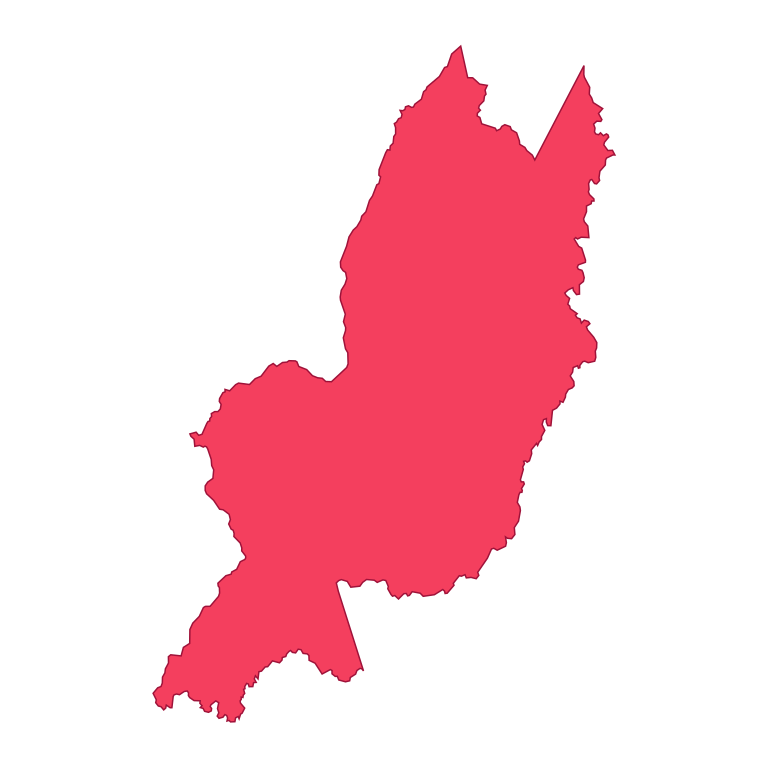 outline of Porangatu, Goiás, Brazil
{"feature_id": "56859067B80111978571886", "entity_name": "Porangatu", "entity_type": "district", "adm_level": 2, "iso_a3": "BRA", "parent_name": "Brazil", "parent_adm1": "Goiás", "projection": "equal_earth", "projection_center": [-49.251, -13.28], "detail": "fine", "context": "isolated", "style": "filled", "palette": "rose", "viewbox_px": 768, "rotation_deg": 0, "n_neighbors": 0, "source": "geoboundaries", "source_scale": "gbopen_adm2", "svg_char_len": 6110}
<svg xmlns="http://www.w3.org/2000/svg" viewBox="0 0 768 768"><path d="M346.7,367.5L331.5,381.7L325.7,381.5L322.3,378.3L317.7,377.8L312.4,375.7L306.7,369.6L298.8,366.5L296.9,361.8L295.3,360.9L289.0,360.7L287.0,362.1L282.5,362.5L276.8,366.4L273.2,363.5L268.8,366.1L261.1,376.2L255.2,378.7L249.5,384.5L238.5,383.1L235.6,384.7L229.7,390.8L225.0,389.4L225.1,391.8L222.9,392.7L219.6,398.5L219.3,401.4L221.1,404.4L220.3,409.0L217.9,411.6L214.7,411.6L211.3,413.6L211.6,416.5L209.9,418.5L209.7,421.0L208.0,421.5L206.8,423.4L202.0,434.3L198.7,435.3L196.1,432.2L189.9,433.9L190.9,436.3L194.1,439.2L194.8,446.3L199.7,445.4L203.3,447.1L204.9,446.2L206.5,446.8L207.7,448.9L211.2,459.3L211.7,465.6L213.7,469.8L212.9,478.4L207.7,482.1L205.2,485.9L205.2,490.5L206.6,493.8L213.6,500.3L219.6,509.2L223.2,509.8L229.1,514.3L230.4,519.6L228.7,524.0L231.1,529.1L233.2,530.3L234.1,533.5L233.9,536.5L240.2,543.0L241.8,548.0L241.7,550.9L245.6,556.0L245.7,558.0L244.8,559.5L240.3,561.7L236.7,569.3L231.8,571.9L231.1,574.2L225.9,575.7L217.9,583.2L218.2,586.0L219.4,587.6L219.6,593.1L218.5,596.4L210.1,606.3L205.3,606.4L203.4,607.6L199.3,616.4L192.8,623.1L189.9,629.5L189.7,643.4L183.4,647.4L181.1,655.9L170.7,654.8L168.4,656.7L168.5,663.0L165.4,668.8L164.9,672.9L162.5,677.1L162.3,683.1L161.0,686.5L157.7,687.8L153.1,693.3L156.3,699.8L155.7,702.7L158.3,706.0L161.0,706.7L163.7,709.9L165.7,708.1L166.3,705.1L170.1,707.7L171.9,707.7L173.2,696.4L174.1,694.8L176.6,694.0L179.5,694.7L184.2,691.5L187.2,691.0L188.5,692.8L188.4,695.6L189.7,697.6L194.1,700.6L200.2,700.8L199.9,703.3L202.0,705.7L200.3,707.6L203.1,708.4L204.6,711.3L208.5,712.3L211.3,710.9L211.6,708.4L210.2,706.6L210.9,704.8L215.8,700.9L218.7,702.7L217.5,708.6L218.8,712.8L217.2,716.1L219.0,718.3L223.0,717.2L224.9,714.6L226.7,715.5L227.6,718.0L227.0,721.0L229.0,720.4L230.6,721.9L234.9,721.7L235.6,717.8L238.2,716.5L239.1,718.8L240.6,714.1L242.1,713.2L244.7,708.1L240.5,703.1L240.1,700.9L241.2,699.5L241.2,697.1L242.9,697.5L243.3,695.0L244.7,693.5L243.6,689.3L245.0,688.7L244.7,686.7L246.6,683.4L248.3,684.0L249.1,686.7L252.8,686.6L253.6,682.6L256.2,682.4L254.3,678.9L255.4,675.8L258.0,678.9L258.9,671.7L261.5,671.1L265.2,666.9L267.7,666.7L272.4,660.9L279.5,662.8L282.0,660.1L282.3,657.5L285.8,656.5L286.7,653.9L289.1,651.3L290.6,650.5L292.4,652.4L295.6,652.9L298.2,649.2L301.0,649.7L303.1,653.4L307.3,653.9L308.9,655.5L309.1,660.3L315.1,663.2L322.1,674.0L330.3,669.6L332.0,670.5L332.0,673.8L335.2,676.4L337.3,676.3L338.8,680.0L345.5,681.8L349.7,680.8L350.3,677.5L355.6,674.1L356.9,670.5L360.0,668.4L361.8,668.8L363.5,670.9L338.3,591.2L336.3,582.9L338.7,580.6L341.3,579.6L347.3,581.4L350.8,587.2L359.9,586.2L362.6,582.4L366.5,579.5L374.3,580.2L377.2,582.4L382.9,579.9L385.8,580.5L388.3,586.4L387.8,588.8L391.0,594.5L392.5,596.2L394.8,595.5L398.5,599.0L403.8,593.7L406.3,593.5L407.7,595.9L409.4,595.4L412.2,591.7L420.2,593.2L423.2,596.3L434.4,594.7L442.8,589.5L444.5,591.1L445.1,593.5L447.2,593.2L454.0,585.3L453.3,583.3L459.3,575.7L461.4,576.2L465.0,574.7L466.3,577.9L471.1,577.4L476.2,578.7L478.8,575.4L477.7,572.3L487.4,558.2L491.5,549.0L493.8,548.3L497.2,550.2L505.6,546.2L506.4,542.7L505.5,536.9L507.5,538.3L511.6,538.7L514.9,534.5L514.3,527.6L518.5,521.2L520.4,510.5L519.9,506.9L517.3,502.4L518.9,494.6L520.1,492.3L521.9,492.3L522.3,490.4L521.5,488.6L524.3,484.0L523.6,481.9L521.2,481.8L520.4,479.8L523.3,469.4L522.7,466.9L524.5,463.8L523.6,461.3L525.6,460.9L527.1,462.2L529.4,460.8L531.7,453.7L531.3,449.9L536.5,443.4L537.6,445.5L539.1,442.0L541.5,439.5L541.5,436.5L544.8,430.4L542.1,424.5L543.5,419.7L546.4,418.6L546.3,422.0L547.7,425.6L550.9,425.7L552.5,410.3L556.6,408.1L560.0,403.9L559.9,401.1L563.0,402.3L565.4,397.2L565.7,394.1L568.4,389.5L572.2,387.9L574.1,385.8L573.8,381.5L570.2,375.9L572.6,372.1L573.2,367.5L577.6,365.7L578.4,368.2L579.9,367.7L579.8,365.5L582.7,361.7L584.8,361.2L588.2,362.7L594.7,361.2L595.8,357.4L595.3,351.1L596.6,348.0L596.8,342.6L593.7,337.2L587.6,330.0L586.4,326.8L589.9,323.7L588.3,321.5L584.2,320.1L581.4,323.1L580.1,318.9L577.1,317.8L575.4,315.2L577.2,313.7L570.2,308.7L569.7,306.1L567.8,304.2L569.6,298.4L566.2,295.5L564.8,293.0L568.3,289.8L572.9,287.7L573.4,290.5L576.5,294.6L579.5,294.1L579.4,284.7L583.4,281.5L584.2,277.7L583.0,272.6L581.9,270.3L578.3,269.2L577.3,267.1L578.4,264.8L585.4,262.3L585.5,260.1L581.7,248.1L578.7,246.4L574.2,239.0L575.7,237.6L577.5,239.0L581.2,237.2L588.9,237.6L587.8,226.0L584.3,221.7L583.6,218.9L586.5,211.7L586.5,206.0L591.2,203.7L591.6,201.1L594.0,201.0L593.9,198.9L589.5,194.6L588.4,191.9L589.1,189.3L588.6,183.5L590.3,179.9L591.8,179.5L594.5,183.5L596.6,183.9L599.6,180.5L599.0,177.8L599.9,171.2L605.3,165.0L605.6,159.9L606.6,158.0L612.8,155.0L614.9,155.0L612.4,150.3L607.9,150.5L603.8,144.9L604.5,142.2L608.7,137.1L608.0,134.9L606.4,133.9L603.3,135.7L600.5,132.8L598.6,134.7L595.8,134.0L594.5,131.9L595.0,128.1L593.6,124.1L596.8,121.2L600.8,121.4L601.9,119.6L598.5,113.5L602.7,108.6L593.2,102.6L591.7,98.0L589.3,94.1L589.7,87.3L584.4,77.3L583.8,74.4L584.0,65.6L534.8,160.0L532.3,155.1L526.8,150.6L524.9,147.4L519.7,144.3L519.4,140.9L516.6,132.8L511.4,129.8L510.2,126.6L504.8,124.7L501.8,126.4L500.3,129.0L496.6,130.7L495.3,128.2L481.7,123.8L479.9,117.5L477.2,115.9L477.4,113.2L480.4,110.2L478.6,108.2L479.3,105.5L483.8,100.9L484.5,96.0L486.0,94.2L485.1,90.1L487.3,85.4L479.6,84.1L472.7,77.8L467.7,77.7L460.7,46.1L451.7,54.0L447.4,66.6L444.6,67.5L439.4,76.5L427.0,87.0L426.1,89.7L423.6,91.7L421.4,99.2L414.8,104.2L413.5,107.0L411.6,107.4L408.5,105.8L405.5,106.8L404.9,109.5L402.8,110.7L400.1,110.4L402.0,114.4L401.2,117.7L398.6,118.7L396.5,122.2L394.3,123.6L395.6,127.7L395.6,134.0L393.8,136.5L393.1,143.2L390.3,146.0L389.9,150.1L387.4,149.7L385.7,152.7L379.1,169.6L378.9,175.2L380.6,176.8L378.9,183.6L376.8,184.8L372.5,196.0L369.5,200.4L365.9,211.8L361.7,216.2L360.8,220.1L356.9,226.7L353.3,230.0L349.0,236.9L346.6,246.2L340.4,261.9L340.7,267.2L343.0,270.6L345.6,272.4L346.8,278.6L345.0,284.2L341.3,290.2L340.2,297.0L340.5,300.2L345.3,314.2L343.5,321.7L345.7,327.6L345.5,330.7L343.3,337.8L345.5,348.8L347.8,352.7L348.1,363.9L346.7,367.5Z" fill="#f43f5e" stroke="#9f1239" stroke-width="1.5"/></svg>